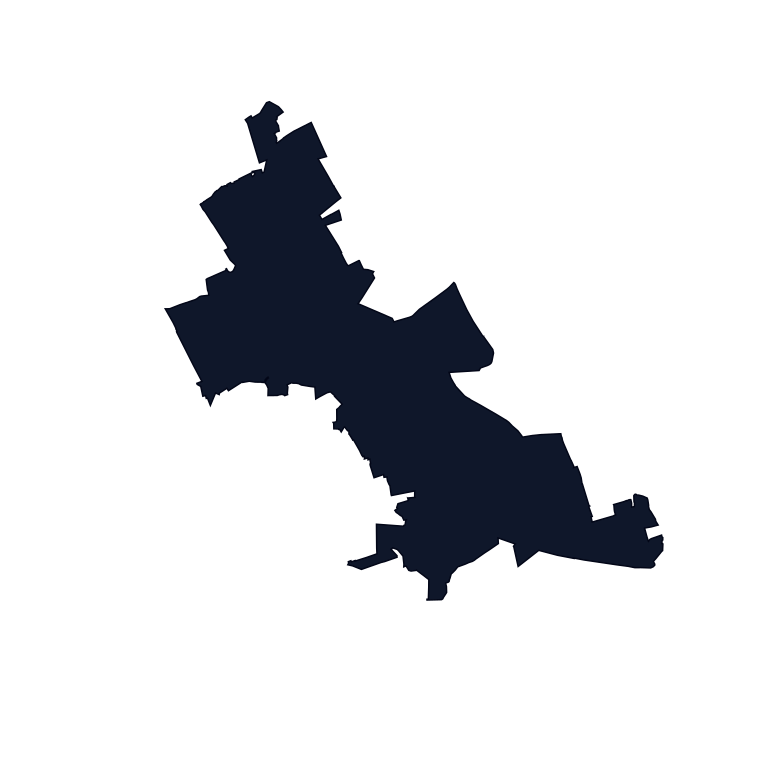 outline of San Pedro Tlaquepaque, Jalisco, Mexico, rotated 237°
{"feature_id": "50627088B40008618856447", "entity_name": "San Pedro Tlaquepaque", "entity_type": "district", "adm_level": 2, "iso_a3": "MEX", "parent_name": "Mexico", "parent_adm1": "Jalisco", "projection": "orthographic", "projection_center": [-103.358, 20.593], "detail": "fine", "context": "isolated", "style": "filled", "palette": "ink", "viewbox_px": 768, "rotation_deg": 237, "n_neighbors": 0, "source": "geoboundaries", "source_scale": "gbopen_adm2", "svg_char_len": 6130}
<svg xmlns="http://www.w3.org/2000/svg" viewBox="0 0 768 768"><g transform="rotate(237 384 384)"><path d="M252.1,255.2L248.6,258.6L240.8,264.1L235.9,284.4L234.7,287.9L231.6,300.6L232.4,301.0L232.9,301.4L241.6,299.9L241.5,300.9L242.0,301.9L238.0,305.0L236.3,305.4L229.3,306.2L221.9,302.5L219.9,301.0L219.5,303.1L219.1,303.4L214.2,303.3L212.4,304.8L210.1,309.6L210.2,309.9L195.6,315.1L189.0,310.7L179.8,304.3L179.5,304.0L180.1,302.8L179.4,302.4L171.8,314.8L171.8,316.2L172.8,317.9L174.4,321.6L175.1,323.0L180.2,326.1L183.4,327.2L183.2,328.5L182.8,329.9L182.9,331.0L183.6,331.5L183.8,331.9L184.3,332.2L184.8,333.1L188.2,337.0L188.3,338.4L189.2,342.5L190.5,346.2L188.7,354.0L188.1,357.8L187.1,361.6L187.0,364.1L187.2,365.3L187.6,376.7L187.6,382.0L187.9,393.0L192.8,395.8L178.3,407.0L177.4,404.2L176.8,404.2L157.9,397.1L160.2,423.2L145.9,436.2L134.2,448.4L134.5,448.6L127.5,455.9L105.1,481.3L98.0,489.6L93.4,494.3L90.0,499.6L84.5,507.5L84.1,510.3L84.6,512.4L85.5,513.0L87.8,513.2L88.6,513.5L89.4,516.6L92.4,525.8L92.5,526.9L98.0,530.8L98.6,530.7L98.9,530.0L99.2,530.1L99.6,530.4L100.1,531.1L101.3,531.9L101.3,532.8L103.4,534.2L103.8,534.0L104.8,534.0L106.1,534.5L108.7,524.0L108.8,522.2L108.0,520.1L108.4,520.1L113.0,521.4L119.8,523.6L119.9,523.3L121.3,524.0L118.6,530.3L116.4,537.1L120.9,537.2L122.8,538.0L131.5,538.3L134.2,538.1L137.1,539.1L138.2,539.9L143.1,542.1L145.0,542.6L149.0,540.0L152.2,537.0L153.0,535.8L154.4,535.2L154.8,534.4L154.7,533.7L154.3,532.7L149.2,529.6L148.8,529.4L148.4,529.7L144.8,527.2L145.9,524.6L149.2,526.8L152.6,528.0L153.1,527.3L153.6,525.9L153.7,524.2L153.9,523.9L154.2,523.8L154.6,521.4L157.7,511.2L157.8,510.9L157.1,510.8L153.1,508.6L151.3,507.8L148.0,506.9L148.4,505.9L148.4,504.6L154.8,483.4L159.9,485.3L159.5,486.5L169.1,488.8L169.8,489.3L169.7,490.0L170.4,489.7L192.0,495.9L192.1,495.6L197.8,498.2L201.6,499.3L209.6,501.0L210.6,497.4L211.5,498.3L217.9,499.3L219.0,499.3L236.1,502.2L239.6,503.0L242.0,504.0L243.6,504.2L246.0,505.2L256.0,488.1L260.0,480.3L264.0,471.2L265.6,471.3L271.8,470.8L279.0,468.7L283.9,467.8L286.5,466.9L296.2,462.2L313.5,453.4L323.1,448.2L325.7,447.2L326.5,446.6L330.1,445.0L343.9,442.7L344.1,443.0L347.1,443.0L352.7,443.4L358.3,444.9L343.5,471.1L344.9,473.6L343.1,481.4L342.9,483.3L343.1,485.0L344.0,486.6L350.3,492.7L353.7,494.0L369.6,493.3L369.8,493.5L370.2,492.9L388.1,492.9L401.3,493.9L418.3,496.2L424.1,497.1L428.6,498.1L430.3,498.1L431.1,497.8L429.6,491.5L429.2,488.5L428.3,474.1L427.4,454.4L425.6,445.5L425.6,443.9L426.1,441.6L429.9,429.0L430.6,426.2L434.6,426.6L465.5,406.0L468.1,412.2L478.1,433.8L482.4,434.3L483.3,435.3L483.9,436.6L488.7,432.7L491.4,429.2L496.6,429.8L500.9,430.5L501.2,430.2L502.5,418.9L503.3,418.1L506.2,418.1L512.3,418.7L517.3,419.4L517.3,420.0L524.4,420.8L549.0,421.2L544.8,437.5L550.5,439.7L554.3,440.7L554.9,432.5L555.1,431.9L555.8,421.6L560.8,421.8L561.1,425.5L561.2,425.8L563.1,443.0L563.6,449.2L576.6,449.6L576.8,449.8L577.4,449.8L577.4,449.5L588.3,450.3L608.7,451.3L606.1,459.7L643.0,465.4L645.1,446.2L645.2,438.6L645.1,433.9L644.7,432.5L644.3,426.3L644.4,425.1L645.4,425.2L646.6,426.7L647.1,426.7L649.0,428.0L653.9,428.4L653.6,429.8L653.9,430.3L654.0,430.9L653.2,433.9L657.4,435.7L658.0,436.1L663.1,436.3L664.3,437.0L664.4,437.3L664.2,438.2L665.8,439.6L666.6,439.6L667.0,447.5L670.0,447.2L674.0,446.5L683.2,441.6L683.9,438.7L679.9,430.1L678.8,428.1L678.6,426.5L678.9,418.3L681.3,418.5L681.4,416.1L681.2,411.6L676.9,411.6L637.3,400.0L635.8,407.7L627.0,398.8L627.3,396.9L630.7,397.8L634.0,389.2L632.7,388.8L632.0,390.7L630.5,390.2L629.7,388.1L629.6,386.6L631.6,386.6L633.3,387.4L634.9,374.2L634.3,374.1L635.1,368.4L634.0,367.5L635.7,364.8L636.5,364.8L636.8,360.9L635.4,360.2L636.5,359.2L637.0,358.3L637.4,356.2L638.0,355.4L636.9,350.1L637.3,348.9L637.0,348.0L637.1,347.1L636.1,344.2L635.1,342.1L634.9,340.7L635.0,335.4L634.8,334.3L635.0,332.0L634.7,331.7L634.7,329.4L634.9,328.5L634.6,327.6L633.0,327.7L629.0,327.3L625.7,327.8L613.6,327.7L610.2,327.9L591.3,327.7L589.2,327.8L583.9,327.6L583.9,327.4L582.4,327.3L583.0,323.0L571.6,322.6L565.7,324.0L564.2,324.1L561.8,320.5L560.9,318.6L561.0,316.6L561.6,315.7L562.7,314.8L564.4,314.5L566.2,314.7L566.5,314.7L566.5,313.9L565.2,314.0L568.6,293.2L568.5,291.8L558.9,287.2L556.6,286.7L553.8,285.4L557.2,278.7L557.7,277.0L557.4,273.5L557.6,271.4L561.6,256.1L563.7,245.8L564.1,244.8L566.2,241.5L550.3,240.6L543.1,239.7L543.2,239.4L540.7,239.1L540.8,238.5L539.9,238.3L503.1,234.3L485.4,232.7L486.5,227.4L485.4,227.1L481.8,229.0L472.4,225.4L471.5,228.1L468.7,227.1L468.3,228.3L460.6,226.7L468.2,237.8L464.9,240.0L466.0,241.0L466.0,249.9L463.1,249.9L463.0,266.1L462.4,266.2L459.7,272.5L455.8,277.0L451.9,282.8L451.7,282.7L450.6,284.3L452.1,286.4L452.5,287.4L453.0,289.2L452.9,290.5L451.9,290.4L451.6,288.4L450.8,286.4L449.8,284.9L447.1,285.1L443.4,284.5L437.5,280.4L432.5,288.3L432.0,290.3L431.0,292.6L429.7,293.9L428.3,294.4L427.6,297.4L428.9,297.9L433.8,301.7L436.1,302.2L435.3,307.5L434.3,308.0L432.5,310.8L430.7,312.7L428.2,314.1L422.0,320.9L419.1,324.4L408.6,318.6L408.4,323.1L407.7,331.4L406.6,334.8L400.2,336.5L400.3,335.9L389.8,337.9L389.2,334.8L388.7,333.4L388.4,330.5L380.7,325.6L378.8,324.2L378.4,322.9L378.8,321.9L379.5,320.4L378.4,320.4L373.7,317.5L371.5,320.8L370.6,321.3L370.8,321.7L369.4,322.1L367.1,322.0L369.4,326.7L369.3,327.7L365.5,327.9L364.3,328.2L363.9,329.1L361.0,327.3L360.3,327.5L354.9,327.4L354.0,327.2L353.8,328.0L341.6,327.3L336.4,326.6L334.6,326.7L334.5,327.9L333.8,327.9L333.8,327.5L332.7,327.5L331.8,326.7L330.8,330.2L329.1,329.3L328.7,331.2L324.4,329.4L324.5,328.7L323.2,328.1L310.8,324.6L308.3,334.3L305.7,333.2L304.5,335.8L300.9,334.2L296.8,333.5L295.5,333.6L287.3,329.7L287.2,329.8L286.4,329.5L277.6,351.5L272.4,348.1L272.1,348.1L275.1,342.5L274.3,342.1L275.2,341.7L273.0,340.9L276.0,330.5L273.5,327.4L272.2,327.5L272.1,324.3L269.7,324.3L267.7,325.2L264.9,326.1L263.1,327.1L259.0,326.5L258.0,328.8L257.0,327.3L254.3,324.9L254.6,323.8L254.1,322.9L270.5,301.3L250.2,288.4L245.4,285.6L248.1,274.6L251.2,263.4L251.7,263.6L252.6,259.7L253.8,260.0L254.1,258.8L254.4,257.3L253.6,257.0L252.9,256.6L252.1,255.2Z" fill="#0f172a" stroke="#020617" stroke-width="1.5"/></g></svg>